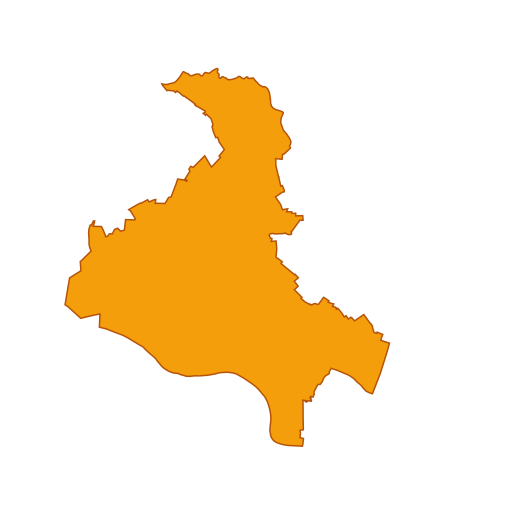 the district of Tien Du, Bắc Ninh, Vietnam, rotated 33°
{"feature_id": "81297802B37279419107484", "entity_name": "Tien Du", "entity_type": "district", "adm_level": 2, "iso_a3": "VNM", "parent_name": "Vietnam", "parent_adm1": "Bắc Ninh", "projection": "mercator", "projection_center": [106.031, 21.126], "detail": "fine", "context": "isolated", "style": "filled", "palette": "amber", "viewbox_px": 512, "rotation_deg": 33, "n_neighbors": 0, "source": "geoboundaries", "source_scale": "gbopen_adm2", "svg_char_len": 6118}
<svg xmlns="http://www.w3.org/2000/svg" viewBox="0 0 512 512"><g transform="rotate(33 256 256)"><path d="M205.4,131.8L204.3,130.8L203.1,129.0L202.0,126.5L201.4,123.6L201.2,121.5L200.7,120.9L199.7,120.7L196.6,121.3L192.9,122.5L189.2,122.6L187.4,121.8L185.4,120.3L182.9,116.9L178.4,111.8L175.2,109.7L173.0,109.1L171.4,109.2L170.5,109.6L169.7,110.4L167.0,110.6L165.3,110.6L163.7,110.3L162.6,109.8L162.0,109.6L161.1,109.6L159.3,109.1L158.1,108.6L157.4,108.6L156.9,108.3L156.4,108.3L156.0,108.7L155.6,109.4L155.3,109.7L154.7,109.8L154.2,110.4L153.8,110.8L152.8,111.2L152.2,111.2L151.7,110.5L151.0,110.7L150.5,111.0L150.2,111.7L149.7,113.4L149.2,114.0L148.1,114.3L147.1,114.4L145.4,114.2L144.1,114.5L143.4,115.2L143.1,116.5L142.7,117.5L141.5,118.7L139.9,120.8L137.9,122.5L136.6,123.3L135.7,123.4L134.8,123.2L133.7,123.1L132.7,123.5L130.4,123.7L130.0,124.1L129.8,124.7L129.6,125.9L129.2,126.5L128.6,126.7L128.1,126.5L127.3,126.0L126.1,123.8L125.5,123.6L123.6,123.0L123.2,122.6L123.0,122.0L122.8,120.8L122.4,120.1L121.7,119.9L121.0,120.1L120.6,120.6L120.2,121.5L119.4,122.7L118.7,124.3L117.7,127.1L117.2,128.1L116.7,128.5L116.1,128.8L113.6,129.6L113.2,130.2L113.0,130.9L113.0,133.1L112.7,134.2L112.2,134.6L111.7,134.9L110.5,134.6L109.0,134.5L107.1,135.8L106.1,136.8L104.3,139.3L103.1,140.4L102.4,140.6L101.3,140.5L99.9,140.1L99.4,140.1L98.2,140.7L96.5,140.8L95.2,140.8L94.7,141.0L94.5,141.4L94.5,142.0L94.6,146.9L94.3,149.8L93.9,152.5L93.4,154.3L92.8,155.4L90.5,157.7L88.2,160.3L86.0,161.9L83.3,162.9L84.7,163.7L91.3,165.9L91.7,165.0L93.8,164.1L94.9,163.5L95.2,163.4L97.1,162.4L97.7,162.3L98.5,162.7L99.5,162.7L99.6,160.9L101.5,160.8L102.0,160.7L103.2,160.7L104.1,160.8L104.4,161.0L105.8,161.3L108.3,161.4L108.5,161.0L109.8,161.0L112.4,161.2L113.6,161.1L114.3,161.2L122.2,161.7L122.1,162.2L123.3,162.4L123.3,162.7L125.0,162.7L126.0,162.5L127.3,162.5L128.2,162.4L128.8,162.4L131.6,162.3L133.9,162.1L134.5,162.2L135.1,162.8L134.0,165.1L137.1,165.5L137.0,164.1L142.6,165.1L143.6,165.4L147.8,168.8L148.6,169.5L148.6,171.4L148.9,171.7L153.0,175.3L157.8,178.7L159.2,177.4L163.3,180.6L171.5,184.0L170.6,192.3L172.6,192.7L170.2,205.7L158.4,199.9L158.2,201.0L157.2,205.7L155.3,214.9L155.2,215.9L152.4,216.3L152.5,219.7L154.4,221.1L154.5,230.2L157.0,230.1L157.1,231.1L154.4,231.4L148.4,234.1L149.9,239.9L152.6,252.6L150.8,254.6L151.1,261.5L144.6,265.5L142.8,266.7L141.2,263.2L139.9,264.4L136.9,268.9L134.5,267.8L131.0,274.1L130.1,274.7L127.6,279.3L124.0,286.4L126.3,286.6L134.7,290.6L134.7,291.7L126.8,296.5L131.5,305.9L129.0,308.9L124.8,308.1L123.2,310.3L122.9,311.3L123.5,315.6L121.0,317.2L120.7,320.2L119.4,321.7L118.0,320.4L113.0,317.0L110.3,315.5L103.3,319.8L102.5,316.6L101.6,314.5L100.6,315.1L101.1,319.8L100.2,320.2L100.5,322.0L101.2,324.2L102.6,327.1L105.0,330.4L107.3,333.5L109.6,337.1L112.3,339.8L115.0,341.6L114.6,343.5L111.7,356.6L112.1,357.0L117.2,363.7L111.6,375.9L115.5,385.0L122.4,400.9L126.0,400.9L142.9,403.7L151.2,395.0L155.7,390.6L156.7,389.6L163.4,401.0L170.1,398.7L178.5,397.0L187.0,395.1L192.7,394.5L205.1,394.1L210.4,393.8L216.6,395.1L220.0,395.6L226.4,396.5L228.3,396.9L230.0,397.7L236.6,399.7L238.6,400.2L240.9,400.3L245.1,400.2L248.1,399.7L250.5,399.0L254.8,396.9L256.0,396.8L257.5,396.5L260.9,395.4L263.1,394.8L263.6,394.5L266.4,392.7L269.7,390.0L274.2,387.1L280.3,382.4L282.2,380.7L286.7,376.4L288.5,374.2L291.1,372.1L295.9,368.7L300.5,366.6L304.0,365.6L311.7,365.1L319.1,365.2L323.8,365.4L327.9,365.9L330.5,366.4L333.2,367.2L340.1,369.3L345.1,372.1L347.1,373.7L350.3,376.5L351.6,377.7L354.0,380.2L355.6,382.3L356.9,384.0L357.7,385.3L361.6,392.9L362.6,394.7L365.7,398.2L366.6,399.0L367.3,399.5L368.3,400.1L370.7,401.1L372.0,401.3L374.7,401.2L378.6,400.4L381.8,399.3L386.1,397.4L398.5,390.2L397.8,388.3L395.2,383.2L391.7,384.4L390.3,381.2L389.4,379.9L387.9,378.2L390.3,376.0L390.1,375.6L382.4,364.2L380.8,361.7L373.9,351.3L376.7,350.1L376.7,351.2L378.0,350.9L378.4,348.9L380.6,348.2L380.5,347.7L381.4,347.5L381.0,346.7L380.2,346.8L379.6,345.3L378.5,345.5L378.3,344.0L380.7,343.2L380.2,341.1L380.0,339.9L379.4,339.4L379.0,339.0L378.6,338.0L378.0,331.9L377.8,330.7L377.9,330.1L378.0,329.9L378.5,329.5L379.4,329.0L379.8,328.7L379.9,328.2L379.8,327.0L380.0,325.6L379.3,321.2L379.4,319.7L379.7,318.6L380.2,317.3L380.7,316.3L381.1,315.7L381.3,315.2L381.3,314.5L380.5,312.9L380.4,312.2L380.4,310.1L380.1,309.3L386.1,307.7L398.4,305.5L399.9,305.4L404.1,305.5L409.2,306.6L413.6,307.1L415.1,307.4L416.7,308.0L419.2,308.8L422.1,309.4L425.9,308.9L428.7,308.1L424.2,286.8L418.1,264.9L415.4,256.4L406.5,258.8L405.0,252.7L403.0,253.2L399.3,253.8L399.0,254.0L399.2,255.2L396.9,255.7L396.5,255.7L393.0,252.8L392.5,252.2L391.9,251.4L391.2,251.2L389.7,250.3L388.9,250.3L387.4,249.9L378.3,246.4L374.0,256.7L369.6,255.6L369.0,255.7L367.7,258.6L364.0,257.0L363.3,259.1L359.3,257.2L353.4,255.3L352.9,256.7L352.1,256.7L352.0,255.8L349.9,255.8L349.7,255.8L347.8,256.8L347.4,256.4L347.4,253.9L341.7,255.6L341.6,254.5L341.7,253.9L335.5,253.8L335.2,253.9L334.7,262.6L333.2,263.3L331.7,263.6L331.0,263.9L330.1,265.3L329.6,266.2L329.5,266.7L327.5,266.9L327.5,267.4L322.2,267.8L316.8,267.0L317.0,265.6L306.5,263.4L307.8,258.4L301.8,256.2L303.4,251.2L298.8,250.1L298.7,250.7L281.0,248.7L281.2,246.5L273.4,246.1L269.4,238.5L264.6,232.5L260.9,235.5L260.3,233.5L259.7,232.6L258.7,233.2L255.9,231.6L255.5,230.3L257.2,228.3L259.7,227.2L260.0,227.1L266.0,222.8L267.4,221.7L267.8,220.9L268.3,220.9L269.6,220.7L270.6,220.7L271.4,220.5L272.0,219.8L272.7,219.7L273.5,219.0L273.7,218.5L273.7,217.9L273.5,217.5L272.2,216.6L272.6,215.9L273.3,202.4L273.2,202.1L276.0,200.4L273.2,196.7L267.5,200.7L266.0,198.5L265.0,199.3L262.8,200.7L261.9,199.5L257.6,202.3L257.0,199.7L256.9,199.2L255.4,200.4L253.0,202.8L252.3,202.3L248.5,199.3L240.2,195.9L243.2,188.4L244.8,186.7L243.4,185.0L242.8,184.7L239.8,182.6L238.7,183.9L233.0,178.4L232.2,177.3L231.8,177.1L231.6,177.2L223.8,169.7L222.4,168.0L222.2,167.5L219.5,163.6L225.2,160.7L223.0,156.4L224.0,155.2L224.5,153.5L226.1,146.6L224.7,146.0L224.3,145.3L223.9,142.8L223.1,141.4L221.9,140.2L219.7,138.9L215.5,137.1L210.2,135.5L207.8,133.5L205.4,131.8Z" fill="#f59e0b" stroke="#b45309" stroke-width="1.5"/></g></svg>